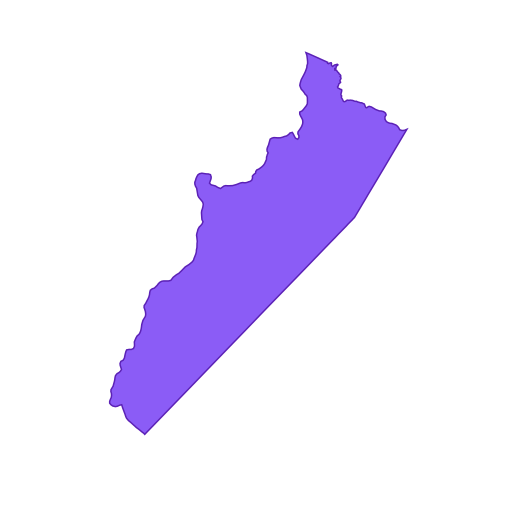 the district of Guajará, Amazonas, Brazil, rotated 294°
{"feature_id": "56859067B49673478876868", "entity_name": "Guajará", "entity_type": "district", "adm_level": 2, "iso_a3": "BRA", "parent_name": "Brazil", "parent_adm1": "Amazonas", "projection": "mercator", "projection_center": [-72.639, -7.252], "detail": "fine", "context": "isolated", "style": "filled", "palette": "violet", "viewbox_px": 512, "rotation_deg": 294, "n_neighbors": 0, "source": "geoboundaries", "source_scale": "gbopen_adm2", "svg_char_len": 4969}
<svg xmlns="http://www.w3.org/2000/svg" viewBox="0 0 512 512"><g transform="rotate(294 256 256)"><path d="M433.1,342.3L431.2,340.5L430.0,338.3L429.8,335.9L431.2,334.2L432.1,332.5L432.6,330.6L432.4,326.3L431.7,324.3L431.6,322.4L431.8,320.5L433.3,318.3L435.5,317.2L437.8,317.5L439.2,316.2L439.8,313.8L439.4,311.5L438.7,309.6L438.5,305.7L439.1,300.8L438.8,298.7L438.3,298.0L437.4,297.4L436.8,297.1L436.3,296.5L436.4,295.7L437.2,294.9L437.8,294.2L438.6,293.5L439.0,292.8L438.8,292.0L439.0,291.3L438.9,290.1L438.5,289.2L438.4,288.3L438.3,287.3L438.1,286.2L438.2,284.8L437.7,283.9L437.5,283.0L437.5,282.1L437.4,280.9L437.1,280.0L436.9,279.1L436.4,278.2L435.9,277.3L435.6,276.1L434.8,275.3L433.8,275.0L433.0,274.1L432.8,273.1L433.6,272.0L434.3,271.3L434.8,270.6L435.2,269.8L436.2,269.2L437.0,269.2L437.6,268.3L438.3,267.7L439.3,267.6L440.5,267.4L441.5,267.2L442.6,266.8L442.8,265.9L442.5,265.3L442.8,264.5L442.8,263.3L442.9,262.4L443.7,261.7L444.9,262.0L446.0,261.8L447.1,261.7L448.3,262.4L449.2,262.6L449.7,261.8L450.6,261.3L451.8,261.4L452.8,261.4L453.6,260.8L454.1,259.9L454.9,260.3L455.6,259.6L456.0,258.8L456.2,257.8L456.7,257.4L457.0,256.7L457.3,255.8L457.9,254.8L458.4,254.0L458.3,253.3L457.9,252.5L458.5,252.1L459.3,251.7L459.7,252.7L460.8,252.5L461.8,252.2L462.5,252.5L463.3,252.8L463.9,253.1L464.2,252.3L463.6,251.5L463.0,250.8L462.3,249.9L461.2,249.4L460.3,248.8L460.6,248.0L461.2,247.1L462.4,246.8L463.1,246.1L462.5,245.1L461.7,244.5L461.1,243.8L461.3,242.9L462.1,242.7L462.2,222.1L462.1,218.9L460.1,220.8L456.8,222.8L454.7,224.0L452.7,224.9L450.7,225.1L448.7,225.8L444.2,226.1L441.2,226.0L439.8,225.9L436.7,225.7L435.8,225.6L433.8,225.8L431.8,226.1L429.7,226.6L428.9,227.3L428.1,228.1L426.7,229.6L426.0,231.4L424.9,233.5L423.7,235.2L423.2,237.0L422.5,237.7L421.8,238.4L420.5,239.0L417.9,240.2L415.8,241.0L414.5,240.9L413.5,240.8L409.1,239.7L407.2,239.0L405.3,237.4L403.5,238.2L402.1,239.7L400.8,241.4L399.4,243.1L398.3,243.8L397.1,244.4L395.4,244.9L394.2,244.9L393.0,245.0L392.0,244.9L390.7,244.7L389.9,244.6L388.9,244.4L386.6,243.9L385.6,244.2L384.6,244.6L383.4,246.2L381.7,247.0L379.6,246.6L379.7,244.1L380.9,242.5L381.9,241.3L382.5,240.6L383.7,238.9L382.2,237.0L380.3,236.4L378.1,235.1L376.8,233.4L375.3,231.9L373.8,230.0L372.7,227.6L372.2,226.1L371.4,224.1L370.2,222.6L368.5,221.4L362.4,222.3L359.9,222.3L358.0,222.6L356.3,223.5L355.2,225.1L352.9,225.1L351.9,225.3L350.7,225.4L348.4,226.3L343.8,226.3L341.9,225.9L340.1,225.2L338.4,224.3L336.6,223.2L334.9,221.7L333.1,221.4L332.4,221.6L331.5,221.9L329.4,220.7L328.5,220.5L327.5,220.2L325.8,221.1L323.7,221.3L322.0,220.5L321.4,219.8L320.8,219.1L319.5,217.8L318.4,216.2L317.6,213.8L316.4,212.1L313.3,209.0L310.8,206.0L308.9,202.2L308.4,201.0L308.0,199.7L306.8,198.2L303.2,196.1L303.2,195.3L303.1,193.1L303.5,190.5L302.8,186.0L303.6,183.9L305.7,183.7L308.3,183.5L310.0,182.9L311.8,181.3L311.6,179.2L310.7,176.9L309.6,172.8L308.9,171.9L308.2,170.9L306.5,169.9L304.3,169.7L302.3,169.7L300.4,170.0L298.5,170.1L296.8,170.9L295.1,172.4L293.8,174.2L287.6,178.3L286.3,179.9L284.3,184.0L283.6,185.3L282.0,186.7L279.6,187.4L277.4,187.8L275.2,188.0L273.3,188.6L268.9,190.9L267.3,191.8L265.8,193.6L264.7,193.7L263.4,193.7L262.2,193.4L261.3,193.1L260.4,192.8L259.6,192.4L258.7,192.3L257.6,192.2L256.4,192.2L255.2,192.4L254.3,192.6L253.1,192.7L252.2,192.9L251.3,193.1L250.5,193.4L249.5,194.1L247.2,195.4L245.5,196.4L243.3,197.1L239.7,198.6L237.3,199.1L235.2,199.9L234.3,200.0L233.3,200.2L228.4,200.4L226.7,200.6L225.5,200.3L224.4,200.0L221.0,198.3L217.3,195.8L212.1,193.9L209.9,193.0L209.0,192.7L208.3,192.2L206.5,190.9L202.9,189.0L199.1,188.1L197.6,186.2L195.7,181.9L194.7,180.3L193.0,178.9L191.1,178.1L189.1,177.7L185.3,176.2L183.8,174.5L181.7,173.4L179.7,173.7L177.1,174.5L174.9,174.8L172.9,174.8L170.3,174.6L167.9,174.5L165.3,174.0L163.4,174.7L162.4,175.7L160.2,177.6L158.0,178.9L155.9,179.5L151.2,178.9L146.9,179.5L144.7,180.2L142.9,180.7L140.8,181.1L138.8,181.2L136.9,181.0L134.6,179.9L132.6,179.7L130.6,179.7L128.0,179.8L126.3,180.7L124.1,181.7L121.6,181.7L121.0,181.1L119.9,180.1L119.0,178.0L117.6,176.0L115.7,176.0L113.3,176.4L109.1,177.3L106.7,177.0L104.8,175.4L102.5,175.5L100.9,176.4L98.5,178.5L97.6,179.3L95.6,179.0L93.9,178.3L92.0,176.9L89.6,176.3L87.8,176.6L85.5,177.3L83.6,177.7L78.9,178.4L74.9,177.9L73.1,178.6L71.7,179.8L70.0,180.7L68.0,181.3L66.1,181.3L63.8,181.4L62.0,182.2L61.1,184.0L60.7,186.1L61.2,188.8L62.4,190.5L64.2,192.1L65.5,193.8L63.1,195.9L58.2,200.7L56.3,202.4L55.1,203.8L53.8,206.4L53.0,209.4L50.6,216.6L50.1,219.0L49.8,220.2L48.8,223.7L48.4,225.6L47.8,226.9L50.6,227.9L89.7,242.2L157.2,266.8L184.3,276.7L188.5,278.2L215.8,288.1L223.4,290.9L229.4,293.1L253.6,302.0L299.8,318.8L305.1,320.8L309.7,322.4L311.5,323.1L320.1,326.3L322.3,327.0L326.3,328.5L327.0,328.8L327.8,329.1L329.1,329.5L330.4,330.0L331.3,330.3L342.2,331.6L346.6,332.1L349.0,332.4L355.0,333.1L357.0,333.3L375.9,335.6L385.2,336.7L386.7,336.9L408.5,339.4L433.1,342.3Z" fill="#8b5cf6" stroke="#5b21b6" stroke-width="1.5"/></g></svg>